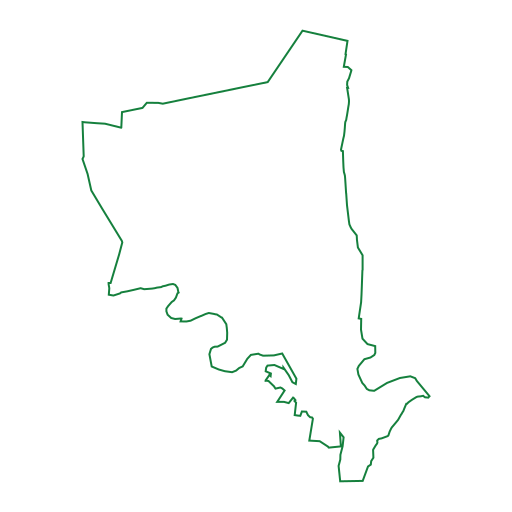 San Juan Bautista Lo de Soto, Guerrero, Mexico (orthographic projection)
{"feature_id": "50627088B39502815405022", "entity_name": "San Juan Bautista Lo de Soto", "entity_type": "district", "adm_level": 2, "iso_a3": "MEX", "parent_name": "Mexico", "parent_adm1": "Guerrero", "projection": "orthographic", "projection_center": [-98.336, 16.509], "detail": "fine", "context": "isolated", "style": "outline", "palette": "green", "viewbox_px": 512, "rotation_deg": 0, "n_neighbors": 0, "source": "geoboundaries", "source_scale": "gbopen_adm2", "svg_char_len": 3580}
<svg xmlns="http://www.w3.org/2000/svg" viewBox="0 0 512 512"><path d="M82.5,122.0L83.7,156.3L83.3,157.3L82.5,159.0L87.6,174.0L91.3,190.5L102.2,208.7L121.8,240.8L122.3,242.4L119.2,254.2L119.0,254.9L111.4,280.4L110.6,283.0L108.6,283.0L108.6,284.1L109.3,288.2L108.8,294.7L112.1,295.3L113.5,295.5L120.0,293.4L121.2,292.4L127.4,291.3L127.8,291.2L133.6,289.9L140.6,288.2L144.2,289.2L152.0,288.6L154.7,288.2L157.0,287.6L161.1,287.1L162.7,286.3L165.6,285.7L168.7,284.7L169.5,284.5L173.0,284.0L175.3,284.9L177.5,287.9L177.9,289.8L178.3,292.0L178.6,292.6L177.5,293.3L175.9,297.6L174.0,300.4L171.7,302.0L168.2,306.0L166.4,308.6L166.4,311.3L167.6,314.7L171.2,318.0L175.1,319.0L181.1,318.5L181.5,318.6L180.6,321.4L186.3,321.5L190.6,320.7L195.5,318.3L200.9,316.0L201.1,316.0L205.6,314.0L208.8,313.0L213.8,313.9L215.4,314.3L216.9,314.5L221.5,317.5L222.0,317.6L226.3,324.2L226.8,328.0L227.2,332.8L227.0,339.7L225.1,342.8L217.6,346.6L214.7,346.7L212.7,347.5L211.0,348.9L209.4,354.2L211.7,366.5L218.8,369.5L224.8,371.2L232.1,372.2L236.1,370.6L239.2,368.0L242.7,366.4L247.3,358.8L250.9,354.9L258.4,353.7L259.7,354.5L263.1,355.7L273.9,355.4L282.2,353.5L296.4,378.7L295.8,384.0L292.4,382.2L288.7,375.1L283.4,367.5L283.4,368.9L274.4,365.0L267.5,365.6L266.2,367.6L265.9,369.5L265.7,371.3L270.9,373.5L270.6,376.1L269.3,375.0L269.1,375.4L265.6,380.4L265.6,380.8L266.4,380.7L268.5,381.0L274.2,386.5L274.4,387.0L275.5,388.6L279.5,387.7L280.4,387.5L282.2,388.4L284.6,390.5L277.2,401.9L284.1,401.9L288.7,403.1L293.0,397.7L293.3,398.0L293.6,397.9L294.4,398.9L294.7,399.2L295.4,400.1L294.6,400.9L294.5,401.0L296.1,402.7L294.7,415.1L298.0,415.6L300.3,415.8L301.9,411.5L306.3,411.7L306.4,411.9L307.0,413.2L308.0,415.2L310.1,417.2L312.1,417.5L312.9,418.7L309.3,440.6L319.7,441.2L328.1,446.7L328.6,447.5L328.8,447.5L329.0,447.6L340.9,446.4L339.9,432.6L343.6,437.3L342.6,446.3L340.4,454.8L340.3,459.5L338.6,465.9L340.2,481.3L362.7,480.9L368.0,466.5L370.8,464.6L371.2,461.1L373.4,457.7L373.1,449.9L373.3,449.4L375.7,445.4L376.9,443.8L377.4,442.7L377.4,442.4L377.2,440.9L377.2,440.5L378.8,438.9L381.5,438.4L387.7,436.1L388.4,435.4L389.7,431.5L391.2,428.4L391.9,427.3L395.6,422.9L397.9,420.1L398.2,419.7L401.1,414.5L401.4,414.2L402.6,412.1L403.3,411.1L404.3,408.5L406.3,403.8L407.0,403.8L408.4,402.3L412.1,399.7L416.5,397.0L417.7,396.6L418.7,396.5L419.9,396.4L420.8,396.3L423.2,395.8L424.2,396.7L425.0,397.3L428.3,397.6L429.0,396.7L429.5,396.2L416.8,380.9L415.2,378.2L410.3,376.3L399.9,378.0L387.1,382.9L374.2,390.8L369.3,390.3L366.8,388.9L364.6,385.5L362.3,383.0L358.4,374.5L357.4,368.9L358.8,365.9L364.4,359.2L370.5,357.5L374.3,355.0L375.3,352.9L375.2,346.1L367.5,344.1L362.5,338.7L362.3,337.6L361.0,329.6L361.2,318.9L358.7,318.4L361.1,302.3L361.5,294.8L361.8,287.0L362.4,270.4L362.6,269.9L362.6,255.3L357.9,247.5L357.2,241.8L356.9,239.3L356.9,238.5L356.7,235.4L351.5,228.8L350.7,227.3L349.4,224.4L348.9,221.0L347.0,205.2L346.2,193.5L346.1,193.2L345.5,183.8L345.1,177.8L344.9,175.7L344.6,174.4L343.9,172.0L343.5,167.4L343.2,160.5L342.9,151.1L341.4,150.8L341.0,149.6L343.3,138.6L344.0,135.8L344.5,131.6L344.8,128.0L345.1,123.6L345.3,122.0L346.2,119.9L346.5,117.9L347.0,115.3L347.8,110.3L348.3,107.0L348.8,104.2L349.0,101.3L348.9,99.3L347.2,88.4L347.1,87.9L348.1,87.9L347.1,85.0L347.3,81.6L349.0,78.3L351.1,71.4L351.4,70.2L347.8,67.0L343.8,66.8L346.0,54.5L345.5,54.2L347.5,40.9L302.5,30.7L267.7,82.1L242.2,87.3L186.8,98.7L162.8,103.7L158.4,102.9L151.0,102.8L146.8,102.8L142.5,107.9L122.0,112.1L121.3,127.6L121.2,127.7L105.0,123.7L96.8,123.2L84.9,122.3L82.5,122.0Z" fill="none" stroke="#15803d" stroke-width="2"/></svg>